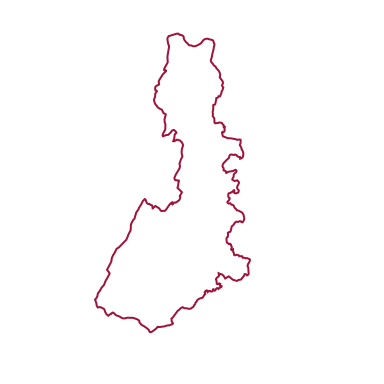 Isandra, Haute Matsiatra, Madagascar, rotated 24°
{"feature_id": "10022922B29889196912325", "entity_name": "Isandra", "entity_type": "district", "adm_level": 2, "iso_a3": "MDG", "parent_name": "Madagascar", "parent_adm1": "Haute Matsiatra", "projection": "equal_earth", "projection_center": [46.965, -21.25], "detail": "fine", "context": "isolated", "style": "outline", "palette": "rose", "viewbox_px": 384, "rotation_deg": 24, "n_neighbors": 0, "source": "geoboundaries", "source_scale": "gbopen_adm2", "svg_char_len": 6097}
<svg xmlns="http://www.w3.org/2000/svg" viewBox="0 0 384 384"><g transform="rotate(24 192 192)"><path d="M257.3,265.9L255.6,266.2L255.2,264.4L254.0,264.4L253.0,265.8L252.0,265.8L250.6,263.3L249.5,262.2L249.3,261.8L249.7,260.0L250.7,258.0L250.7,257.4L249.4,255.4L251.8,255.4L253.2,255.1L255.6,256.1L257.5,257.5L259.9,254.1L264.9,255.5L269.2,255.0L270.3,253.4L272.4,252.0L273.6,247.2L273.5,245.6L274.7,245.2L276.2,245.8L277.0,244.6L277.0,243.6L274.2,238.3L272.7,236.8L272.5,234.6L272.8,233.7L272.8,231.4L272.6,230.4L272.1,230.0L269.2,230.0L268.2,230.6L266.2,230.9L265.1,231.4L263.9,230.3L261.2,231.5L260.7,230.9L259.4,230.9L258.6,231.0L257.7,231.9L256.4,232.5L255.8,232.1L254.9,230.5L254.0,230.0L252.8,227.7L251.8,228.9L251.1,228.6L250.8,226.1L249.2,224.7L249.0,224.2L247.7,223.8L247.2,224.5L246.6,224.6L246.1,224.3L244.4,223.9L243.3,222.2L242.3,220.3L242.4,219.3L242.9,218.6L242.6,217.0L241.4,214.8L241.8,213.9L243.0,212.9L243.2,211.9L242.3,207.2L243.3,205.2L243.5,203.1L244.4,201.2L246.2,200.6L247.5,199.2L248.6,198.9L249.4,199.4L250.5,199.1L250.8,198.0L250.7,195.1L248.1,191.6L246.2,190.4L242.2,190.1L240.2,190.4L239.2,189.7L237.4,189.1L235.1,187.2L232.9,187.5L231.6,186.7L230.1,187.7L228.7,187.3L228.4,186.3L229.0,185.0L229.2,183.5L229.0,182.4L228.8,182.2L227.8,182.2L227.1,181.5L226.0,179.2L226.0,178.4L227.6,177.1L228.0,176.2L228.8,175.5L229.3,173.6L229.8,173.2L230.3,173.7L230.5,174.9L231.1,175.7L231.6,175.7L232.7,175.4L234.4,173.7L234.4,172.6L234.2,171.8L233.8,171.3L232.3,170.7L231.3,169.5L231.1,168.3L231.3,165.1L231.0,164.1L228.7,162.9L226.5,164.6L223.8,164.3L223.5,163.1L223.8,161.2L223.0,158.9L223.5,157.4L224.2,156.1L224.1,154.6L223.6,154.2L222.6,154.1L221.1,156.0L216.9,158.8L215.7,160.6L215.2,160.6L214.4,159.3L214.0,159.1L212.1,159.4L211.2,157.4L209.5,156.4L209.0,154.5L209.1,152.9L210.7,148.4L211.6,146.5L211.8,145.6L211.5,143.7L211.7,142.5L212.5,141.8L215.4,141.1L215.9,140.4L216.5,140.2L218.0,140.3L218.6,140.8L219.9,141.0L221.7,140.6L222.4,142.0L223.3,141.3L224.2,139.7L223.7,136.9L223.1,135.6L221.5,133.8L219.9,132.9L219.7,132.2L218.1,130.6L217.2,130.2L216.5,129.5L216.5,127.8L215.4,124.8L214.9,124.5L212.8,125.3L212.1,126.0L210.5,126.0L205.9,127.1L202.8,128.3L198.0,128.5L197.4,128.4L195.2,125.5L195.4,124.7L196.4,124.6L196.9,123.7L196.8,122.4L196.3,121.8L195.5,119.1L194.9,119.1L194.5,119.6L193.8,118.1L192.4,117.7L191.7,117.0L191.2,116.8L188.9,117.2L187.6,118.4L185.4,119.7L184.9,119.8L184.4,119.5L182.2,115.4L180.1,114.3L179.8,113.7L179.5,112.4L178.3,110.5L177.7,107.6L176.2,104.4L176.1,103.7L176.8,103.4L177.5,102.5L176.6,98.1L176.0,96.3L177.2,95.3L177.3,93.7L178.7,93.3L178.6,89.4L178.2,88.3L178.4,86.7L178.1,83.8L176.9,83.3L176.1,82.5L176.0,79.9L175.1,78.5L170.7,76.0L170.2,73.6L169.1,72.1L167.6,70.7L163.6,68.8L162.6,67.9L160.3,67.4L158.9,66.4L157.0,65.6L156.0,64.7L155.6,64.0L155.1,60.0L154.3,57.1L153.8,53.5L152.8,49.9L152.9,49.3L152.3,47.6L151.7,47.3L149.8,45.1L148.0,44.9L146.4,45.4L143.8,45.6L141.8,46.9L140.6,48.6L139.7,52.5L138.6,54.2L135.7,57.5L134.0,58.3L131.2,58.5L129.9,59.1L129.1,59.0L127.4,58.0L125.7,57.6L123.2,56.2L122.1,55.2L121.2,53.5L120.2,53.0L117.9,53.0L117.2,53.4L115.0,52.9L113.4,53.8L107.3,59.1L107.0,60.9L107.2,62.0L109.1,65.2L111.9,68.4L114.4,78.1L117.1,83.5L116.5,90.0L116.8,91.9L117.7,92.0L118.3,91.5L118.9,91.7L119.1,92.3L117.5,96.2L116.6,102.8L116.6,104.6L118.1,107.0L118.0,107.6L116.2,109.6L115.9,110.4L115.9,111.2L116.0,112.0L117.1,113.9L118.5,113.9L119.0,114.4L118.4,117.0L119.6,120.1L119.6,122.6L119.8,123.4L121.4,125.4L123.2,127.0L124.9,127.6L126.1,128.6L129.3,129.1L130.5,129.0L131.6,129.5L133.8,131.5L136.2,131.6L136.6,132.1L137.3,136.7L138.7,139.5L140.1,140.8L142.0,145.4L142.2,146.5L141.9,148.3L141.9,151.2L142.2,152.5L142.9,152.9L145.0,150.7L147.1,149.4L148.3,146.2L148.8,144.0L149.9,142.8L150.6,142.7L152.9,143.6L153.7,144.3L152.8,146.3L154.2,151.2L154.1,152.0L154.2,153.2L155.0,153.0L157.0,150.3L158.4,150.0L160.3,149.9L162.6,150.8L164.1,152.1L164.9,153.0L165.3,156.8L166.0,159.0L166.8,160.8L168.8,163.5L168.6,167.2L169.1,171.4L170.5,173.2L171.0,175.5L170.1,182.6L170.2,186.4L170.6,187.1L172.0,188.0L173.3,187.4L174.5,187.5L175.1,186.9L175.5,187.1L176.2,190.4L176.6,191.2L177.0,194.1L182.9,196.3L182.7,199.4L182.4,200.2L182.5,200.7L183.3,201.3L183.5,201.8L183.7,204.2L183.4,205.1L181.5,208.3L180.0,208.8L179.7,210.3L179.1,211.3L178.7,211.1L177.9,209.7L177.6,210.1L176.7,212.1L175.4,219.0L174.8,220.3L172.5,221.3L172.2,221.7L171.4,221.8L170.0,221.2L168.8,220.3L164.1,219.7L162.9,222.9L162.7,223.0L161.5,221.0L160.6,220.4L159.4,220.6L158.0,220.2L156.7,220.8L155.1,220.4L152.7,217.9L151.7,217.7L150.7,220.6L150.7,223.3L150.0,228.5L150.1,229.8L149.4,233.4L150.3,239.8L149.6,241.8L149.4,244.8L149.5,246.7L151.5,251.9L151.2,256.9L151.4,259.0L151.4,262.3L147.8,272.2L146.2,274.5L146.1,278.7L145.6,282.0L145.6,285.0L146.6,288.4L146.0,297.6L149.8,299.7L149.9,300.7L149.5,306.2L149.2,307.6L149.4,312.8L148.2,316.5L148.1,319.5L147.4,322.1L147.4,323.6L148.0,326.1L147.5,329.3L147.2,329.7L150.2,332.9L150.9,334.3L152.4,335.5L153.0,335.8L153.9,335.0L155.6,334.4L158.9,334.6L159.9,335.1L161.6,337.0L163.7,338.5L165.8,339.1L167.7,335.7L168.0,335.8L168.5,334.5L168.8,334.3L169.9,334.4L172.7,335.5L176.4,335.2L179.7,335.7L182.1,334.8L183.9,333.2L189.5,330.9L193.3,330.6L196.1,330.9L197.0,332.5L200.1,334.0L202.2,334.0L206.2,334.8L208.5,335.5L210.2,337.0L211.2,336.9L212.0,336.2L213.7,333.5L215.0,330.9L215.4,329.2L217.0,328.7L221.3,326.1L223.4,324.2L225.9,322.7L228.0,320.3L228.1,319.9L226.1,318.4L224.7,316.0L225.5,314.4L227.3,306.2L228.2,304.9L228.7,303.1L230.3,301.0L232.0,301.3L234.9,300.3L236.3,300.1L237.5,299.6L238.7,298.6L239.0,297.6L240.0,296.3L239.9,294.8L240.4,293.5L240.3,291.3L240.8,290.1L240.7,288.9L241.3,287.6L242.4,286.1L244.7,284.2L245.1,281.0L245.7,280.0L244.3,278.5L244.5,277.7L244.9,277.4L244.7,276.6L245.5,275.9L246.1,275.9L247.1,277.0L247.8,275.4L249.1,275.0L249.9,275.2L251.0,274.5L251.2,274.2L250.8,272.4L251.1,272.2L251.3,272.7L252.0,272.6L252.7,272.9L253.3,272.5L253.3,271.1L253.9,269.7L254.2,269.5L255.7,269.8L255.9,268.6L256.2,268.5L257.5,266.7L257.3,265.9Z" fill="none" stroke="#9f1239" stroke-width="2"/></g></svg>